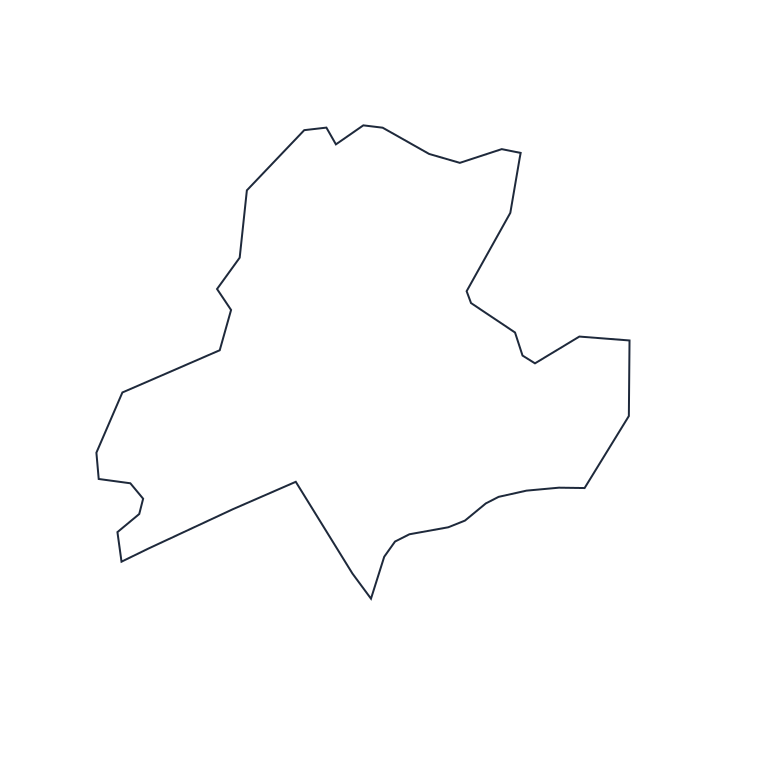 map outline of Neath Port Talbot (Equal Earth projection), rotated 293°
{"feature_id": "GBR-2118", "entity_name": "Neath Port Talbot", "entity_type": "Unitary Authority (wales)", "adm_level": 1, "iso_a3": "GBR", "parent_name": "United Kingdom", "parent_adm1": "", "projection": "equal_earth", "projection_center": [-3.738, 51.663], "detail": "fine", "context": "isolated", "style": "outline", "palette": "slate", "viewbox_px": 768, "rotation_deg": 293, "n_neighbors": 0, "source": "natural_earth", "source_scale": "10m", "svg_char_len": 754}
<svg xmlns="http://www.w3.org/2000/svg" viewBox="0 0 768 768"><g transform="rotate(293 384 384)"><path d="M366.6,609.3L356.9,585.5L341.5,556.8L324.9,533.6L313.9,524.4L289.9,511.9L277.2,499.1L255.6,466.1L243.3,455.7L225.1,451.7L181.3,455.9L197.2,429.0L259.5,341.0L209.8,293.9L140.2,231.2L117.9,211.8L143.5,196.5L168.7,209.5L184.3,207.1L193.5,189.3L185.1,158.5L208.4,146.1L274.0,146.5L300.7,171.9L350.9,219.6L392.4,214.3L406.2,193.2L443.9,201.8L508.7,182.1L586.5,211.4L597.5,230.8L585.8,246.1L614.0,263.9L619.4,282.6L613.4,335.7L617.2,367.4L646.2,400.6L650.1,419.5L645.1,420.6L590.9,433.4L501.7,423.8L492.5,432.5L482.6,484.5L464.3,500.4L462.0,514.9L504.0,545.3L520.0,593.0L450.2,621.9L366.6,609.3Z" fill="none" stroke="#1e293b" stroke-width="2"/></g></svg>